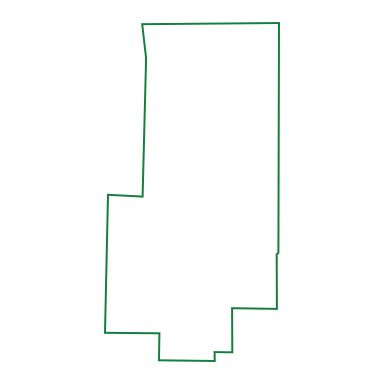 the district of Bollinger, Missouri, United States of America
{"feature_id": "52423323B38725107036826", "entity_name": "Bollinger", "entity_type": "district", "adm_level": 2, "iso_a3": "USA", "parent_name": "United States of America", "parent_adm1": "Missouri", "projection": "orthographic", "projection_center": [-90.042, 37.32], "detail": "fine", "context": "isolated", "style": "outline", "palette": "green", "viewbox_px": 384, "rotation_deg": 0, "n_neighbors": 0, "source": "geoboundaries", "source_scale": "gbopen_adm2", "svg_char_len": 316}
<svg xmlns="http://www.w3.org/2000/svg" viewBox="0 0 384 384"><path d="M108.0,194.8L105.0,332.8L159.4,333.3L159.0,360.3L214.7,361.0L214.6,352.1L232.3,352.3L232.1,308.2L276.9,308.9L276.7,254.4L278.4,252.8L279.0,23.0L142.2,24.2L146.1,58.2L142.6,196.6L108.0,194.8Z" fill="none" stroke="#15803d" stroke-width="2"/></svg>